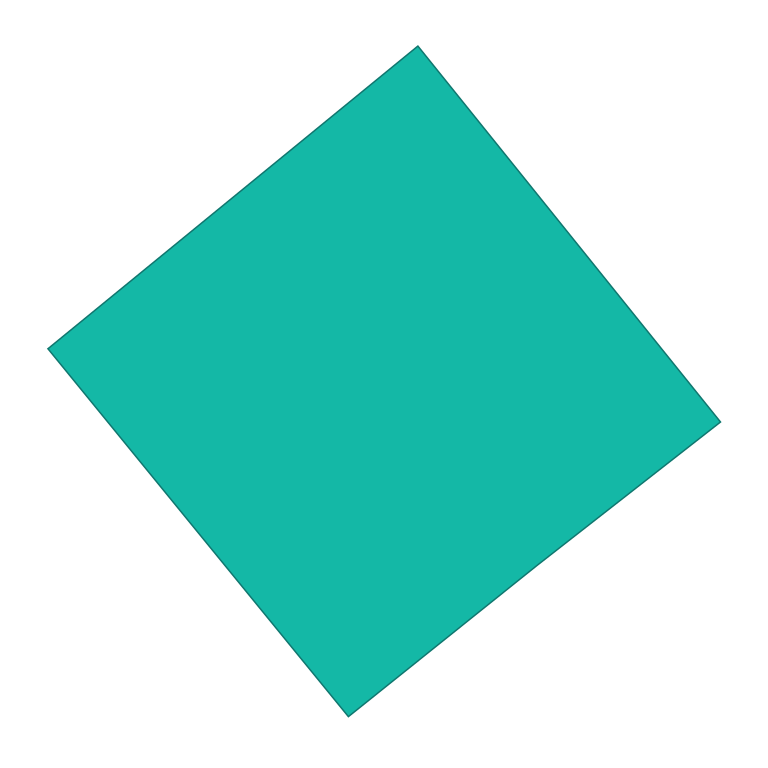 Clare, Michigan, United States of America (Mercator projection), rotated 141°
{"feature_id": "52423323B50693448759182", "entity_name": "Clare", "entity_type": "district", "adm_level": 2, "iso_a3": "USA", "parent_name": "United States of America", "parent_adm1": "Michigan", "projection": "mercator", "projection_center": [-84.888, 43.989], "detail": "fine", "context": "isolated", "style": "filled", "palette": "teal", "viewbox_px": 768, "rotation_deg": 141, "n_neighbors": 0, "source": "geoboundaries", "source_scale": "gbopen_adm2", "svg_char_len": 243}
<svg xmlns="http://www.w3.org/2000/svg" viewBox="0 0 768 768"><g transform="rotate(141 384 384)"><path d="M146.4,142.7L145.0,625.3L623.0,622.9L621.0,147.9L379.8,146.7L146.4,142.7Z" fill="#14b8a6" stroke="#0f766e" stroke-width="1.5"/></g></svg>